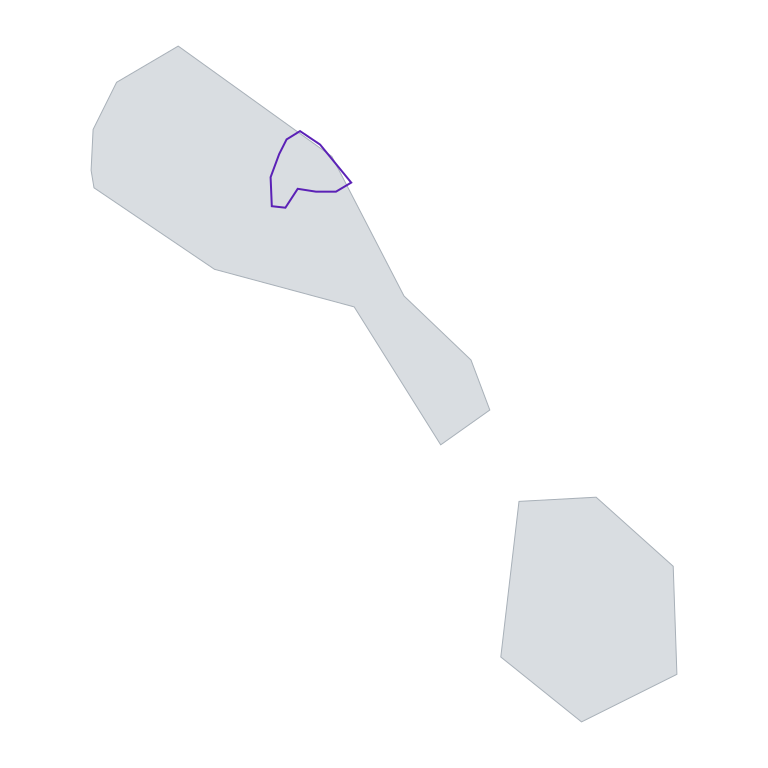 where Saint Mary Cayon sits in Saint Kitts and Nevis
{"feature_id": "KNA-5106", "entity_name": "Saint Mary Cayon", "entity_type": "Parish", "adm_level": 1, "iso_a3": "KNA", "parent_name": "Saint Kitts and Nevis", "parent_adm1": "", "projection": "natural_earth1", "projection_center": [-62.73, 17.347], "detail": "fine", "context": "in_parent", "style": "outline", "palette": "violet", "viewbox_px": 768, "rotation_deg": 0, "n_neighbors": 0, "source": "natural_earth", "source_scale": "10m", "svg_char_len": 569}
<svg xmlns="http://www.w3.org/2000/svg" viewBox="0 0 768 768"><path d="M489.8,410.0L440.7,444.8L354.2,306.9L214.5,269.3L94.0,187.8L91.1,170.3L93.1,129.5L116.6,82.3L178.2,46.1L331.9,156.5L404.0,296.0L471.0,360.0L489.8,410.0ZM676.9,674.3L581.5,721.9L500.8,657.0L519.0,501.4L596.1,497.2L673.2,566.3L676.9,674.3Z" fill="#d9dde1" stroke="#a8b0b8" stroke-width="1"/><path d="M300.0,131.1L320.1,144.6L351.2,182.6L335.9,191.7L316.2,191.7L297.7,188.8L285.4,207.7L271.8,206.2L270.6,177.2L279.2,154.0L286.6,139.4L300.0,131.1Z" fill="none" stroke="#5b21b6" stroke-width="2"/></svg>